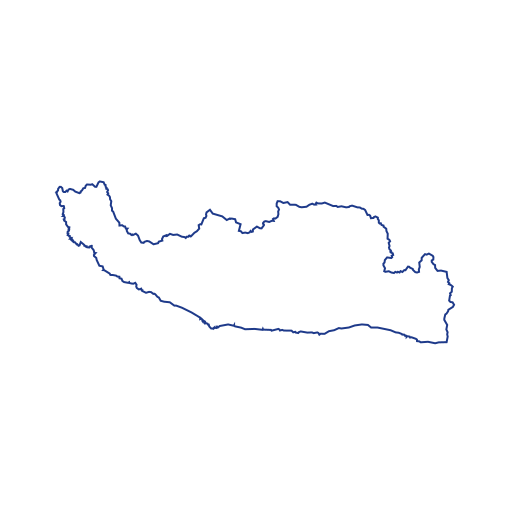 North West Santo, Sanma, Vanuatu (Mercator projection), rotated 292°
{"feature_id": "77236927B11778048532769", "entity_name": "North West Santo", "entity_type": "district", "adm_level": 2, "iso_a3": "VUT", "parent_name": "Vanuatu", "parent_adm1": "Sanma", "projection": "mercator", "projection_center": [166.62, -14.862], "detail": "fine", "context": "isolated", "style": "outline", "palette": "blue", "viewbox_px": 512, "rotation_deg": 292, "n_neighbors": 0, "source": "geoboundaries", "source_scale": "gbopen_adm2", "svg_char_len": 6056}
<svg xmlns="http://www.w3.org/2000/svg" viewBox="0 0 512 512"><g transform="rotate(292 256 256)"><path d="M263.8,90.7L265.5,89.9L265.4,89.0L267.3,87.1L266.6,83.2L265.2,82.4L260.4,82.1L259.9,80.9L261.2,77.3L260.2,76.1L259.0,72.5L257.3,71.8L255.1,72.0L254.1,70.5L251.6,70.1L250.0,69.2L249.2,69.6L248.1,68.8L248.0,64.3L248.9,61.7L248.5,58.4L247.4,57.3L245.3,57.1L245.6,55.9L243.9,55.2L243.3,53.6L243.8,52.6L246.4,50.9L247.0,49.2L246.5,48.0L244.1,47.4L242.6,47.9L240.5,47.0L240.5,47.5L239.4,47.5L234.6,52.5L234.3,53.6L233.1,54.5L231.5,54.2L229.8,55.2L229.3,56.9L230.3,59.0L229.9,59.4L228.4,60.3L227.4,59.7L224.6,61.0L222.3,61.1L221.8,61.7L222.3,61.9L222.2,62.3L221.4,62.8L220.8,62.4L221.0,63.2L219.9,64.4L218.6,64.5L218.1,64.1L217.4,65.5L217.4,64.7L217.0,64.8L216.4,67.2L214.2,68.1L212.5,70.8L212.7,72.2L211.3,72.5L210.9,72.1L210.3,72.3L210.4,72.9L209.4,73.1L207.9,72.3L206.4,72.8L206.5,73.6L204.8,73.6L204.8,75.7L204.1,75.7L203.6,77.6L203.0,77.4L203.3,77.9L202.9,77.8L203.2,78.3L202.5,79.4L202.4,77.8L201.9,78.2L200.5,81.9L200.9,83.1L199.2,86.1L200.4,85.3L199.0,87.6L199.7,88.4L203.3,88.3L201.9,92.7L201.2,93.0L201.5,95.1L200.9,95.0L200.8,96.1L201.4,98.1L202.4,98.1L203.9,99.8L204.1,100.7L203.5,99.7L202.5,99.9L200.7,103.2L199.2,104.4L198.4,104.6L198.0,104.2L198.6,106.1L196.3,105.3L195.3,105.8L194.4,108.6L192.7,109.7L188.3,114.4L188.9,117.7L186.4,119.8L185.7,119.6L186.0,120.5L184.9,126.9L183.9,128.1L184.8,130.6L185.4,133.7L185.0,135.1L185.6,137.1L184.2,137.8L184.6,139.8L182.8,141.5L182.4,143.4L183.2,147.4L184.1,148.1L183.5,148.4L183.9,151.1L184.4,152.7L185.9,154.1L184.6,156.0L182.8,156.4L181.7,157.5L181.1,159.9L182.7,161.8L181.5,162.7L181.7,163.4L181.0,163.6L180.7,167.8L182.7,170.3L183.2,172.3L182.4,175.0L182.9,175.6L182.8,176.9L181.2,179.9L181.1,181.5L178.8,184.4L179.2,187.9L180.8,193.4L179.4,198.9L180.1,200.5L180.3,206.7L179.5,217.4L177.9,227.4L176.6,227.9L177.5,228.8L176.7,230.7L175.8,230.5L175.3,231.3L175.9,231.2L176.3,232.0L176.1,233.3L175.1,234.3L174.6,233.7L174.3,234.0L175.0,234.9L175.1,236.4L174.4,237.1L174.7,237.9L173.2,239.0L172.0,241.5L172.5,243.2L174.1,244.1L173.5,244.3L174.0,244.6L174.3,245.8L175.6,246.2L175.1,246.7L175.7,247.0L175.5,247.5L177.5,248.6L182.1,255.8L183.0,261.5L183.6,261.6L183.1,261.8L182.9,262.9L184.0,269.0L184.0,273.3L187.9,282.1L190.0,289.7L190.9,289.7L190.4,290.2L193.1,297.6L192.6,298.4L196.8,304.1L196.6,305.3L195.9,306.1L197.3,308.0L197.3,309.7L200.1,316.9L199.2,319.1L200.4,320.8L199.9,321.5L200.4,324.0L201.5,324.3L202.8,325.7L204.2,332.3L206.1,336.5L206.1,338.4L208.1,341.5L208.0,342.7L206.8,344.2L208.1,345.0L209.6,348.8L213.6,351.8L216.5,356.3L220.2,359.8L220.8,362.4L224.5,368.9L228.6,373.6L232.2,379.8L234.0,385.6L232.8,389.5L235.2,395.5L237.6,408.6L237.5,414.1L238.3,417.1L238.3,420.4L237.9,421.0L238.6,422.7L237.8,424.2L238.4,424.6L238.2,425.8L237.6,426.0L238.3,426.3L238.8,428.6L238.1,429.4L238.9,430.6L239.1,435.2L238.8,436.5L237.4,437.2L238.0,439.3L237.7,441.1L240.9,447.6L242.2,454.8L244.4,457.8L247.5,465.0L253.1,463.9L255.0,462.6L257.1,462.2L259.2,460.0L263.7,459.1L267.3,454.5L268.7,454.0L272.7,453.4L273.9,454.2L276.7,454.8L278.2,454.5L282.5,457.6L285.0,457.9L286.7,455.6L286.2,453.5L287.0,451.8L291.9,450.7L292.6,451.2L294.1,449.9L296.2,450.9L299.5,449.7L301.3,449.9L302.0,447.9L302.1,445.3L303.2,445.5L303.9,443.7L305.8,443.8L307.3,441.7L312.7,438.7L311.8,433.0L310.2,429.9L312.1,426.6L314.7,425.4L314.9,423.6L316.4,421.1L317.7,420.6L319.1,421.7L321.5,420.9L322.4,419.8L323.0,415.4L321.2,413.7L321.0,412.0L316.4,410.3L314.0,411.2L311.1,409.8L307.2,411.9L304.6,412.0L302.4,413.1L301.0,411.5L300.7,409.7L301.9,406.8L302.7,406.2L302.9,402.9L303.4,402.2L303.1,400.9L298.8,399.9L298.5,398.8L296.0,397.7L296.1,395.7L294.5,395.3L294.5,393.4L293.5,392.9L293.5,391.1L291.9,390.3L291.4,387.7L291.6,384.8L289.8,381.9L289.9,380.6L293.0,380.2L295.0,377.7L296.6,377.0L298.1,377.6L300.5,377.0L303.8,378.1L304.8,382.2L305.9,382.7L307.1,381.7L308.3,382.8L309.7,381.8L309.8,379.8L310.4,379.8L310.4,379.0L311.6,379.0L312.3,377.2L313.7,376.1L315.3,376.1L317.9,374.1L319.9,374.8L321.0,373.5L321.3,371.5L326.0,369.8L328.0,367.6L330.1,366.5L330.9,363.4L332.0,362.8L331.8,360.8L333.1,359.4L332.4,358.5L332.9,357.4L335.1,356.5L335.9,355.1L337.2,354.6L337.4,351.9L336.3,350.8L335.3,350.7L334.1,348.4L336.2,346.7L336.5,345.3L335.8,344.0L339.5,340.0L340.0,338.0L339.5,336.3L339.9,334.1L339.1,331.9L338.7,326.2L337.1,324.1L336.3,323.9L334.9,321.4L334.1,316.6L332.1,313.4L332.5,311.7L331.2,308.8L331.3,299.8L329.3,297.3L327.9,293.5L328.1,292.0L326.5,291.7L326.1,292.2L325.4,290.6L325.6,288.6L323.5,286.3L320.6,284.4L318.3,280.1L317.8,277.8L318.4,273.7L316.3,268.4L317.8,265.1L315.4,261.5L315.8,257.9L314.9,255.5L312.4,255.5L309.9,256.5L309.1,258.5L307.8,259.9L305.5,259.9L303.2,261.1L300.4,261.4L298.0,260.0L297.6,258.5L296.7,257.9L295.2,259.3L294.7,257.6L292.5,255.5L292.0,252.0L291.1,250.8L289.4,250.2L288.5,250.4L288.2,251.5L287.5,251.8L283.7,250.8L283.2,249.3L283.6,245.8L279.4,243.2L277.5,243.9L276.7,242.9L277.2,241.6L275.6,241.3L274.1,239.8L273.7,237.3L272.2,234.8L273.3,232.6L272.9,230.7L279.7,229.8L279.7,224.9L282.3,222.9L281.6,219.4L280.7,218.2L281.0,217.7L278.4,215.4L280.1,209.9L279.1,200.0L281.6,196.0L277.9,193.8L275.8,194.1L274.6,195.0L272.5,194.9L271.5,193.5L264.8,193.5L264.6,192.4L263.1,191.3L260.1,193.1L256.8,191.9L254.5,190.2L249.8,188.3L249.5,187.8L250.1,186.8L249.8,186.3L248.4,185.9L247.9,184.5L246.4,184.1L246.8,182.8L246.1,179.9L246.4,174.9L244.5,171.3L244.3,167.9L241.2,166.0L240.9,165.5L241.7,165.1L239.4,162.7L236.5,162.5L235.2,163.4L232.9,160.5L231.2,160.4L228.5,156.6L229.5,151.6L229.1,149.3L227.3,147.2L226.1,146.9L225.5,144.6L227.2,142.2L230.7,139.0L231.7,136.2L229.3,134.0L229.6,133.3L228.8,132.6L229.5,131.2L229.1,129.0L230.9,126.8L232.2,126.2L233.2,126.5L232.7,125.0L234.3,123.6L233.9,122.4L234.4,120.4L233.1,118.0L235.7,116.8L238.1,112.1L243.6,107.0L244.1,105.5L246.4,104.6L248.6,102.3L252.6,101.3L253.9,99.5L255.9,98.5L256.9,97.2L257.3,95.3L258.8,95.5L259.6,94.0L261.5,94.2L262.3,93.5L262.3,91.9L263.3,91.9L263.8,90.7Z" fill="none" stroke="#1e3a8a" stroke-width="2"/></g></svg>